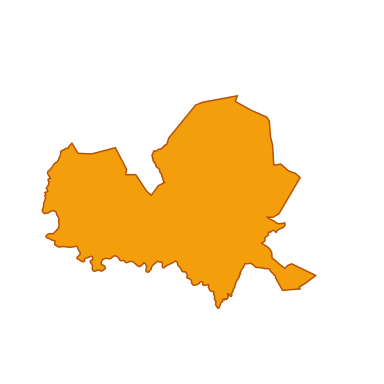 the district of San Juan Tepeuxila, Oaxaca, Mexico, rotated 18°
{"feature_id": "50627088B92335277656173", "entity_name": "San Juan Tepeuxila", "entity_type": "district", "adm_level": 2, "iso_a3": "MEX", "parent_name": "Mexico", "parent_adm1": "Oaxaca", "projection": "orthographic", "projection_center": [-96.763, 17.75], "detail": "fine", "context": "isolated", "style": "filled", "palette": "amber", "viewbox_px": 384, "rotation_deg": 18, "n_neighbors": 0, "source": "geoboundaries", "source_scale": "gbopen_adm2", "svg_char_len": 6063}
<svg xmlns="http://www.w3.org/2000/svg" viewBox="0 0 384 384"><g transform="rotate(18 192 192)"><path d="M77.7,284.3L78.1,284.7L78.8,284.9L79.8,284.7L80.6,285.4L82.1,285.5L83.8,284.9L86.3,283.6L86.6,283.7L89.3,283.0L91.7,282.6L94.0,281.9L98.6,279.5L99.7,279.4L100.6,280.3L101.5,281.7L102.4,282.7L103.5,283.4L104.8,285.2L104.8,286.1L104.3,287.3L103.1,288.8L103.0,290.2L103.4,290.9L104.1,291.1L105.9,291.3L108.6,292.1L110.2,291.9L111.1,291.3L111.1,290.4L110.6,289.4L110.8,288.6L111.5,287.7L113.1,286.7L115.6,284.4L116.2,284.2L117.7,284.5L118.4,287.1L116.7,288.7L116.6,289.4L117.0,290.2L119.8,292.3L120.2,293.1L120.9,296.2L121.5,297.0L122.5,297.5L123.6,297.5L124.9,297.0L125.6,295.9L127.1,295.1L130.1,295.2L131.3,294.5L132.9,292.1L133.0,290.6L131.8,289.5L130.2,289.1L128.8,289.0L127.8,288.5L127.6,287.9L127.5,286.8L127.6,284.7L128.9,282.9L129.6,282.2L132.1,281.3L133.4,281.3L134.8,280.8L135.6,279.8L137.1,277.3L138.0,276.7L140.2,276.3L142.1,277.1L144.2,278.9L145.1,279.3L145.9,279.4L147.8,278.3L148.9,278.5L149.9,279.2L151.4,279.5L152.0,279.3L154.6,277.2L156.2,276.6L156.7,276.6L158.3,276.9L162.6,278.8L163.7,279.1L164.5,279.1L165.3,279.0L166.2,278.3L166.9,276.6L168.0,275.0L167.8,274.6L168.0,274.3L169.5,274.4L171.5,276.3L171.9,277.1L172.2,280.3L172.8,281.6L173.8,282.0L174.8,281.9L175.6,281.4L177.0,277.9L176.8,275.7L177.3,273.8L177.9,273.1L179.1,270.9L179.6,270.4L179.6,269.8L180.0,269.1L181.0,268.5L181.4,268.4L181.6,268.6L183.9,268.5L184.4,268.2L184.8,268.2L185.3,268.5L186.1,269.6L186.7,271.9L187.6,273.1L188.6,272.8L191.0,269.4L195.5,265.3L197.6,262.8L198.0,262.7L199.6,263.2L200.8,265.5L201.2,266.0L205.0,268.2L206.5,270.1L207.3,270.5L208.4,270.6L210.0,270.0L211.0,270.4L211.9,271.2L212.4,271.4L213.0,272.0L213.5,273.2L213.3,274.5L213.7,275.1L214.5,275.4L215.8,275.2L217.5,275.6L218.5,276.1L219.1,276.9L219.7,278.6L221.2,279.9L221.7,280.1L222.5,280.2L225.9,278.3L227.2,276.4L227.3,275.7L227.9,275.0L228.9,274.3L229.8,274.4L230.4,275.1L230.8,276.8L231.3,277.0L232.5,277.1L233.4,276.8L234.4,275.9L235.4,275.7L236.0,275.2L236.6,275.1L236.8,275.5L237.1,277.8L238.0,278.4L238.5,279.2L239.6,280.2L240.4,280.5L243.0,280.2L243.7,280.6L244.3,282.8L245.6,283.9L246.7,287.5L248.7,288.7L248.9,290.8L249.5,291.9L250.2,292.9L252.7,294.6L253.3,294.1L253.6,293.0L253.8,288.4L254.5,287.2L255.1,286.7L254.5,285.3L254.4,284.6L254.9,284.2L255.3,284.2L256.1,284.6L256.5,284.5L256.6,284.1L256.3,283.3L256.6,283.1L257.7,283.4L258.2,283.4L258.2,282.7L258.5,282.3L258.7,281.5L258.5,281.1L258.8,281.0L259.0,280.6L259.1,280.1L258.8,279.5L258.5,279.0L257.6,278.7L257.1,278.1L257.6,277.6L258.4,277.6L259.8,278.2L260.8,279.1L261.6,279.1L261.7,278.8L261.8,277.8L261.4,276.8L260.8,276.1L261.1,275.5L261.7,273.9L261.3,272.1L261.8,270.5L262.2,269.8L261.7,267.5L262.0,266.4L261.5,264.8L261.9,263.8L262.2,261.8L262.1,261.4L262.4,261.0L263.0,258.7L263.3,258.0L262.7,256.7L263.5,255.0L262.5,254.6L263.1,253.2L262.9,251.8L263.0,251.1L263.4,250.1L263.5,249.0L264.1,247.9L264.5,244.1L264.8,243.7L266.9,243.1L269.2,241.9L270.0,241.9L270.9,241.8L272.1,242.1L275.4,243.8L276.3,243.9L277.0,243.8L278.2,243.3L282.5,242.5L284.6,242.4L288.3,241.4L290.1,241.7L291.0,242.9L293.9,244.4L295.1,244.8L295.9,245.5L296.9,245.7L297.2,246.0L298.1,247.9L308.5,257.6L319.3,253.0L323.6,251.3L323.4,251.1L323.6,250.9L324.6,250.9L324.4,250.3L324.0,250.3L323.8,250.0L323.9,249.6L323.4,248.7L325.0,247.4L327.7,244.2L335.3,233.5L335.4,233.1L308.8,229.5L307.9,230.6L305.8,232.1L305.2,233.2L304.5,234.9L303.8,235.9L296.2,233.2L293.0,231.6L290.8,230.8L288.7,230.3L286.6,225.2L285.7,224.0L284.3,222.8L282.8,221.8L280.3,220.7L278.7,220.5L276.8,219.8L274.4,219.4L274.3,219.2L274.8,218.3L275.9,217.1L276.3,216.2L276.4,215.5L275.6,213.7L275.6,212.8L276.1,211.8L277.5,210.2L277.9,209.4L277.8,208.8L277.2,207.4L277.4,206.3L278.1,206.3L279.1,205.9L280.4,203.8L281.1,203.4L281.8,203.3L282.9,203.7L283.9,204.4L284.4,204.4L284.7,204.0L284.7,203.0L285.8,201.1L287.0,199.7L288.5,198.9L290.1,196.8L290.6,195.5L290.7,194.8L290.3,193.6L289.8,192.7L288.9,193.3L286.5,194.5L284.4,195.4L282.6,195.4L278.2,194.1L273.5,193.5L271.5,192.7L276.9,191.0L281.4,185.8L290.4,144.9L284.6,142.3L277.6,142.2L267.5,138.0L265.5,139.2L264.7,139.9L261.9,140.7L261.4,141.0L254.2,122.6L249.8,115.6L243.6,100.6L239.9,97.7L222.7,96.0L205.2,92.5L205.4,86.5L174.8,103.1L168.6,108.1L153.2,147.8L153.3,154.6L151.3,156.2L150.2,159.4L149.5,159.7L149.2,160.9L148.9,161.2L147.2,161.4L145.8,163.6L144.8,164.3L143.2,164.6L143.1,164.8L142.8,165.6L142.9,166.3L142.9,168.0L142.6,168.7L142.6,169.4L142.9,169.9L142.8,170.0L143.8,171.1L143.9,172.0L144.8,172.4L144.8,173.5L145.9,174.6L146.4,174.7L146.4,175.1L146.8,175.6L147.3,175.5L147.9,175.8L148.0,176.2L148.3,176.4L148.7,177.0L149.6,177.6L149.5,178.3L151.0,179.4L153.4,180.0L154.3,180.8L154.5,181.9L155.5,182.7L155.7,183.5L156.1,183.5L158.0,185.0L158.5,186.5L159.4,187.3L159.8,188.1L160.0,188.1L160.4,189.1L160.9,189.8L161.5,190.0L162.0,190.6L161.9,191.5L162.9,191.6L158.0,196.4L154.3,207.8L148.4,205.1L133.1,192.9L123.7,196.0L123.1,193.5L123.2,192.4L122.7,191.5L122.9,190.7L105.4,173.6L84.6,186.9L71.7,190.4L62.7,182.7L60.8,186.9L60.6,188.8L58.5,189.5L57.4,191.1L55.9,192.3L54.7,193.7L55.1,195.6L55.4,197.9L55.1,199.6L55.2,201.1L54.4,205.1L53.3,206.2L52.1,208.3L51.2,212.1L50.0,214.5L50.1,215.3L49.1,216.2L48.6,217.2L48.6,218.1L49.4,219.5L51.9,221.7L52.8,222.3L53.0,222.8L51.8,223.5L51.5,224.0L51.4,224.6L51.4,225.2L51.7,225.7L52.5,226.2L52.9,226.9L53.1,227.7L53.1,228.9L53.2,229.1L53.2,229.9L52.7,231.6L52.2,232.6L52.2,233.4L53.6,234.6L53.9,235.2L54.6,235.8L54.6,236.3L52.6,237.6L52.3,238.0L52.2,238.4L53.9,239.8L53.7,240.4L53.1,241.0L53.5,241.7L54.5,242.4L54.5,244.2L54.7,245.0L54.5,248.8L55.4,252.8L55.1,255.5L56.9,257.6L58.6,258.0L61.9,256.1L63.4,254.3L65.4,252.6L68.5,252.7L69.7,254.3L70.3,255.4L72.6,257.3L74.1,259.0L74.2,259.6L73.9,260.2L74.2,261.1L75.1,262.6L75.7,264.1L76.3,267.7L75.1,269.8L74.9,270.8L74.0,272.1L73.0,274.4L70.4,275.4L69.5,275.6L68.0,276.7L67.3,277.5L66.8,279.5L67.8,280.3L69.3,280.3L74.2,281.1L76.6,280.7L77.0,281.1L77.1,282.7L77.7,284.3Z" fill="#f59e0b" stroke="#b45309" stroke-width="1.5"/></g></svg>